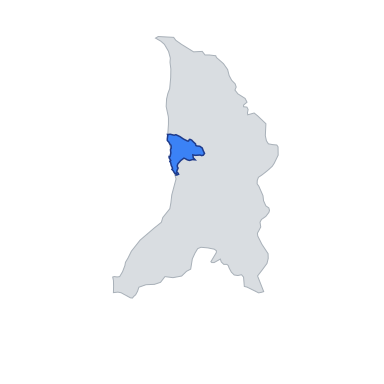 where Ungheni sits in Moldova, rotated 33°
{"feature_id": "MDA-1623", "entity_name": "Ungheni", "entity_type": "District", "adm_level": 1, "iso_a3": "MDA", "parent_name": "Moldova", "parent_adm1": "", "projection": "equal_earth", "projection_center": [27.914, 47.242], "detail": "fine", "context": "in_parent", "style": "filled", "palette": "blue", "viewbox_px": 384, "rotation_deg": 33, "n_neighbors": 0, "source": "natural_earth", "source_scale": "10m", "svg_char_len": 2947}
<svg xmlns="http://www.w3.org/2000/svg" viewBox="0 0 384 384"><g transform="rotate(33 192 192)"><path d="M77.6,82.8L79.0,80.0L92.4,72.3L95.8,73.6L102.8,73.9L117.0,73.6L124.0,68.5L128.3,70.0L131.8,67.7L137.7,64.8L138.5,65.4L139.3,65.9L148.4,67.2L155.2,69.9L159.7,74.1L164.4,76.7L169.3,77.8L171.9,79.9L172.5,83.1L177.0,84.7L185.6,84.6L189.2,86.7L187.9,91.0L188.8,92.4L191.8,90.9L194.1,92.2L195.4,95.4L196.7,96.9L201.1,91.9L205.7,92.4L216.8,94.5L222.8,104.8L226.5,108.5L229.8,110.0L233.9,108.3L237.5,106.4L239.6,107.3L244.2,114.2L245.3,123.1L245.3,126.7L243.7,132.8L241.5,139.3L239.7,143.5L240.5,146.9L242.2,149.7L244.8,150.7L253.5,156.4L256.8,160.4L261.5,163.4L265.1,163.5L267.0,165.2L267.6,167.2L267.2,172.3L265.2,177.2L265.5,180.3L268.7,183.9L269.1,188.2L269.3,190.9L271.1,193.1L279.1,197.8L289.4,202.3L292.1,206.2L293.8,211.1L293.3,219.5L292.7,226.7L306.4,236.5L304.9,238.3L302.8,240.3L289.9,241.8L287.3,242.7L281.6,235.3L278.6,234.4L275.9,237.1L272.6,238.6L268.7,237.8L264.5,235.5L262.4,233.9L260.7,233.7L258.1,235.4L254.6,234.7L252.3,232.8L249.0,239.1L247.0,240.4L245.8,240.2L245.4,229.6L244.5,228.0L241.9,227.8L235.6,230.3L229.6,233.5L227.6,236.4L227.8,241.7L228.7,247.9L232.9,257.4L230.6,261.5L229.1,268.1L222.7,274.2L215.4,277.7L214.8,284.9L210.8,289.9L203.9,294.8L199.3,300.8L200.4,304.9L200.7,308.8L200.0,311.4L199.8,313.4L198.0,314.3L187.4,315.1L184.4,316.3L180.9,319.2L177.6,313.8L174.3,309.0L171.8,306.5L172.8,305.3L175.5,304.0L177.4,302.4L177.2,296.8L175.8,290.3L174.5,287.2L174.3,282.3L173.4,274.7L174.7,260.6L179.9,242.9L182.8,234.1L181.4,229.3L182.5,218.1L180.2,212.6L176.6,205.4L171.5,189.7L165.1,184.3L157.3,178.3L154.0,173.8L151.7,168.8L147.1,163.9L141.7,159.4L135.4,148.1L132.1,143.0L131.0,141.6L123.8,134.4L120.0,127.8L118.1,122.5L117.0,117.5L111.9,107.8L107.3,100.4L102.9,95.2L100.9,91.5L95.8,86.9L88.5,83.2L83.7,82.5L77.6,82.8Z" fill="#d9dde1" stroke="#a8b0b8" stroke-width="1"/><path d="M167.4,185.7L166.0,185.1L164.4,184.3L162.8,184.0L162.8,182.8L162.0,182.1L160.2,181.1L158.2,179.1L157.6,178.7L156.9,178.6L156.6,178.3L157.0,177.7L157.0,177.1L154.2,175.8L153.5,174.8L154.2,174.6L154.3,174.3L154.1,173.8L153.9,173.1L153.0,170.8L151.4,168.9L150.7,167.9L150.8,166.8L149.5,164.8L148.8,164.2L147.2,163.8L146.6,163.5L146.2,163.2L145.5,162.8L143.7,162.4L143.2,162.2L142.4,161.0L140.8,157.7L140.1,157.1L140.6,156.8L142.3,155.4L146.1,154.1L147.3,152.7L151.6,152.1L156.0,152.2L160.5,151.7L161.3,151.2L161.2,149.3L162.1,148.8L163.7,148.7L165.2,149.1L168.7,149.7L169.9,150.9L171.1,150.7L173.6,149.4L176.6,149.5L179.0,151.3L181.5,152.8L181.4,155.0L180.3,156.2L178.6,156.6L174.9,159.4L172.5,160.4L174.4,162.6L177.1,163.3L174.8,164.5L172.7,166.9L170.5,167.6L168.6,167.7L166.8,168.0L165.4,171.8L164.8,176.2L165.3,178.0L166.3,179.1L166.8,179.2L167.3,179.5L167.5,180.6L167.6,181.7L168.2,183.5L169.9,183.7L171.1,184.4L170.2,185.8L169.3,186.6L169.2,186.5L168.7,185.1L167.4,185.7Z" fill="#3b82f6" stroke="#1e3a8a" stroke-width="1.5"/></g></svg>